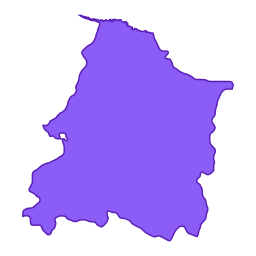 outline of Guayubín, Monte Cristi, Dominican Republic
{"feature_id": "3306468B33320306044259", "entity_name": "Guayubín", "entity_type": "district", "adm_level": 2, "iso_a3": "DOM", "parent_name": "Dominican Republic", "parent_adm1": "Monte Cristi", "projection": "albers", "projection_center": [-71.302, 19.687], "detail": "fine", "context": "isolated", "style": "filled", "palette": "violet", "viewbox_px": 256, "rotation_deg": 0, "n_neighbors": 0, "source": "geoboundaries", "source_scale": "gbopen_adm2", "svg_char_len": 5521}
<svg xmlns="http://www.w3.org/2000/svg" viewBox="0 0 256 256"><path d="M48.0,234.8L49.4,234.5L50.4,234.0L50.9,233.4L51.4,231.6L52.0,230.5L54.4,228.2L55.8,223.8L55.8,223.1L55.0,220.6L54.9,219.4L55.1,218.6L55.9,217.7L58.7,216.2L61.8,215.8L64.8,216.2L65.5,216.6L66.9,218.3L68.1,219.3L71.4,220.3L73.2,221.2L74.5,221.5L76.7,221.4L80.1,220.0L83.3,219.8L86.0,220.1L89.5,221.5L94.3,222.0L95.4,222.5L96.7,224.2L97.9,225.3L100.4,226.5L101.5,226.8L102.6,226.4L103.9,225.3L106.1,222.9L107.0,221.4L107.9,219.2L108.2,218.1L107.1,214.8L107.1,212.3L107.6,211.3L108.7,210.9L111.5,212.1L115.0,212.6L116.2,213.0L117.5,214.0L118.9,216.5L120.0,217.6L121.2,218.1L125.6,218.7L129.4,220.5L130.6,221.6L131.7,223.1L132.5,223.9L134.9,225.3L141.0,228.3L145.0,232.0L146.5,233.1L150.2,235.1L153.9,236.8L155.6,236.7L158.1,235.8L159.3,235.9L163.0,237.6L168.4,240.6L169.9,240.6L170.7,239.9L171.9,238.0L174.7,231.9L175.7,230.4L177.6,228.3L179.3,226.8L180.5,226.3L181.8,226.1L183.6,226.4L184.6,227.2L185.3,228.2L186.1,230.1L187.5,232.5L188.3,233.3L191.0,234.2L193.2,235.2L197.1,236.6L198.3,233.6L198.9,230.6L200.1,227.9L200.9,224.5L202.0,223.0L204.9,219.8L205.7,218.5L206.5,213.7L207.6,211.1L207.8,209.3L207.6,207.6L206.5,205.0L205.6,200.1L203.2,196.8L202.6,195.5L202.4,194.1L202.2,190.2L202.0,188.8L199.9,184.7L197.1,182.2L196.8,181.0L196.9,180.1L197.3,179.0L197.8,178.3L199.5,177.0L200.0,176.4L200.6,173.0L201.3,172.2L202.1,172.1L202.8,172.3L206.9,174.4L208.3,174.7L210.9,173.4L213.6,170.7L213.7,165.7L214.5,162.4L213.7,159.5L213.6,156.8L214.0,155.0L215.1,152.4L215.3,150.7L215.0,149.4L214.5,148.5L211.2,145.0L210.2,143.4L209.7,141.0L209.7,137.1L209.9,135.2L210.4,134.0L211.2,133.0L213.2,131.5L214.7,129.2L215.1,127.6L214.6,126.0L213.2,123.7L212.0,122.1L211.8,120.1L212.4,118.5L214.4,116.0L215.0,114.7L215.6,108.9L216.9,105.4L217.5,100.9L221.4,92.5L223.3,90.5L225.3,89.3L227.6,89.0L232.1,89.1L233.2,85.4L232.9,84.0L232.2,82.7L231.3,81.9L229.9,81.5L210.5,81.5L208.5,81.2L205.8,80.0L204.4,79.7L195.9,79.4L194.5,78.9L191.3,76.3L187.5,74.4L183.8,73.4L180.0,71.6L176.3,68.8L174.1,67.6L173.3,66.7L172.6,65.2L172.0,62.6L170.3,59.5L169.3,59.0L166.3,58.6L165.7,58.2L165.4,57.4L165.4,56.7L166.1,55.7L167.8,53.9L168.3,52.8L168.2,52.0L167.7,51.4L166.6,51.1L163.2,51.1L161.9,50.9L161.1,50.5L160.1,49.7L159.4,48.7L154.3,38.1L153.0,33.0L152.0,33.2L150.9,33.0L150.8,32.8L150.2,32.8L150.2,32.6L147.6,32.2L147.3,31.9L146.9,31.9L146.6,32.2L146.1,32.2L146.1,31.9L145.9,31.9L146.1,30.7L145.9,30.6L145.4,30.6L145.2,30.9L143.8,31.3L143.8,31.5L141.0,31.4L140.7,30.9L139.1,30.6L139.1,30.4L138.9,30.4L138.9,30.6L137.7,30.6L137.5,30.0L137.2,29.8L137.2,29.5L136.8,29.5L136.5,28.9L135.3,28.7L134.6,28.5L134.6,29.1L134.4,29.1L134.2,29.6L133.0,29.8L133.0,29.6L132.6,29.6L132.3,29.5L132.3,29.2L131.8,29.1L131.8,28.3L132.3,28.2L132.3,27.3L131.1,27.2L130.2,26.3L129.2,26.5L128.5,25.8L127.2,25.8L126.9,25.4L126.7,24.4L127.6,24.4L127.6,24.1L127.8,24.0L127.6,23.2L127.1,23.0L126.6,22.2L125.7,21.9L125.7,21.7L124.6,21.9L124.4,22.2L124.6,22.8L124.3,22.8L124.3,22.6L123.5,22.0L123.4,22.2L122.4,22.2L121.8,21.7L121.6,20.9L121.0,20.4L121.0,20.0L120.6,20.0L120.6,19.8L119.7,19.8L119.2,20.4L118.5,20.4L118.5,20.2L118.2,20.4L118.2,20.2L116.1,20.0L115.9,19.8L115.9,20.0L115.4,20.2L115.4,20.4L115.0,20.4L114.9,20.0L114.5,20.0L114.3,19.6L113.3,19.4L113.3,19.6L112.9,19.8L113.0,21.1L112.4,21.7L111.7,21.7L111.4,20.6L110.7,20.2L110.9,20.0L110.7,19.4L109.6,19.5L109.6,20.0L110.2,20.0L110.3,20.4L109.7,21.1L108.4,20.9L107.9,20.8L107.9,20.6L107.0,20.6L106.3,19.8L105.6,19.8L105.3,20.8L104.9,20.8L103.9,20.7L103.9,20.9L102.8,21.1L102.8,20.9L102.3,20.8L102.4,20.4L102.2,20.4L102.0,20.0L100.9,20.0L100.6,20.2L100.6,20.4L98.5,20.4L98.1,19.8L96.6,20.0L96.6,19.8L95.9,19.6L95.9,19.4L95.2,19.5L94.3,18.9L93.6,18.9L93.4,19.2L92.6,19.2L92.6,19.5L91.4,19.5L91.4,19.2L90.3,19.1L90.3,18.9L89.8,18.7L89.4,18.2L89.1,18.1L88.4,17.4L86.3,17.4L86.3,17.2L86.0,17.2L85.3,17.0L85.3,16.8L84.7,16.9L84.7,16.7L84.2,16.7L83.2,16.5L83.2,16.3L82.1,16.1L82.1,15.9L81.3,15.7L80.9,15.6L80.9,15.4L79.8,15.4L81.6,16.6L85.3,18.4L88.3,19.1L90.9,20.3L95.4,20.9L98.0,22.1L99.7,22.5L99.6,24.8L99.3,26.1L98.2,28.3L97.4,31.7L96.4,34.0L95.6,37.4L93.6,41.5L91.3,44.0L88.3,45.6L86.2,47.3L82.9,50.4L81.8,52.1L81.9,53.2L83.2,56.1L86.3,60.2L86.7,61.9L86.7,63.3L86.4,65.1L85.8,66.3L81.6,71.0L79.5,75.2L78.7,80.5L75.9,86.4L75.8,87.7L76.5,89.7L76.5,90.4L75.3,93.3L74.1,94.9L71.5,96.2L70.1,97.7L68.3,101.4L67.4,105.3L65.3,109.4L62.9,111.8L60.6,112.9L59.3,113.9L57.8,115.4L55.9,117.9L50.1,121.2L49.1,123.5L47.6,125.0L45.9,125.5L43.0,125.4L44.2,128.8L46.1,130.8L47.6,131.9L48.4,132.7L48.9,133.8L49.5,135.5L49.9,136.1L50.8,136.4L52.6,136.0L53.2,136.1L54.0,136.6L55.4,138.1L56.1,138.5L58.0,138.8L60.5,138.8L59.0,134.8L59.3,133.7L60.1,133.2L62.8,132.9L64.2,133.2L65.5,133.9L65.9,134.7L66.1,137.0L67.6,138.7L67.6,139.8L67.0,140.5L66.3,140.5L65.3,140.0L64.2,138.9L62.3,138.9L62.6,141.6L63.9,145.1L64.2,146.5L64.3,150.4L64.0,153.3L63.1,154.7L62.2,155.5L59.9,156.7L57.0,158.9L49.1,162.8L45.7,163.6L41.9,165.4L36.8,169.7L34.5,170.9L33.3,172.0L32.5,173.6L32.4,175.0L32.4,180.8L32.2,183.2L29.2,189.0L29.1,190.1L29.3,190.9L29.9,191.4L34.1,193.6L35.6,194.9L36.8,196.3L39.3,197.5L39.9,199.0L39.9,201.0L39.1,202.4L37.4,203.6L33.8,206.8L32.7,207.6L31.4,208.0L27.0,208.5L23.9,210.2L23.4,210.9L23.1,211.6L22.8,216.3L24.5,215.9L26.3,215.7L27.6,215.8L29.2,216.5L29.8,217.1L30.3,218.3L30.6,222.9L30.7,223.8L31.1,224.5L31.9,225.0L32.8,225.2L38.6,225.1L40.8,225.6L41.5,226.5L42.2,228.8L43.2,230.4L45.6,232.9L48.0,234.8Z" fill="#8b5cf6" stroke="#5b21b6" stroke-width="1.5"/></svg>